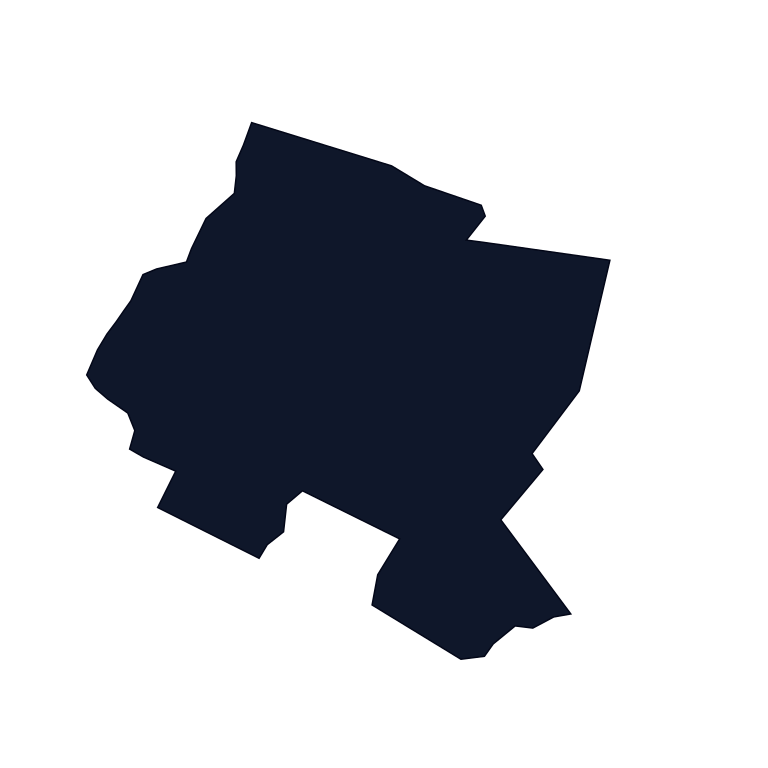 outline of Vespasiano Corrêa, Rio Grande do Sul, Brazil, rotated 27°
{"feature_id": "56859067B34356818702196", "entity_name": "Vespasiano Corrêa", "entity_type": "district", "adm_level": 2, "iso_a3": "BRA", "parent_name": "Brazil", "parent_adm1": "Rio Grande do Sul", "projection": "orthographic", "projection_center": [-51.871, -29.065], "detail": "fine", "context": "isolated", "style": "filled", "palette": "ink", "viewbox_px": 768, "rotation_deg": 27, "n_neighbors": 0, "source": "geoboundaries", "source_scale": "gbopen_adm2", "svg_char_len": 794}
<svg xmlns="http://www.w3.org/2000/svg" viewBox="0 0 768 768"><g transform="rotate(27 384 384)"><path d="M120.7,424.7L118.9,436.9L117.2,449.7L114.5,465.2L113.2,483.6L115.0,510.9L128.8,519.0L144.8,522.9L168.9,526.2L183.1,538.6L186.9,557.5L203.0,558.3L238.0,556.2L238.4,596.8L351.8,596.0L352.9,580.2L361.6,561.3L351.8,535.3L359.8,516.2L468.3,514.9L465.0,556.8L473.7,586.3L577.5,594.3L597.1,581.0L599.3,566.0L610.7,540.0L627.4,533.9L641.0,514.5L654.8,504.1L549.7,452.0L564.4,388.0L547.5,378.8L561.1,301.5L547.6,246.7L529.1,171.2L407.8,212.8L392.0,218.4L398.0,188.5L389.5,180.6L330.0,189.0L291.8,186.2L147.4,211.2L150.3,235.0L151.4,253.1L157.9,265.6L164.1,282.1L150.3,317.3L151.0,350.7L152.6,365.0L129.2,384.7L119.6,395.9L120.7,424.7Z" fill="#0f172a" stroke="#020617" stroke-width="1.5"/></g></svg>